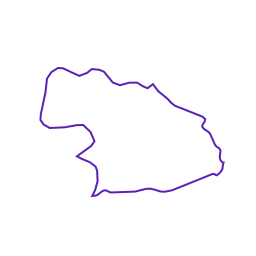 map outline of Bijeljina (Natural Earth projection), rotated 55°
{"feature_id": "BIH-4804", "entity_name": "Bijeljina", "entity_type": "state/province", "adm_level": 1, "iso_a3": "BIH", "parent_name": "Bosnia and Herzegovina", "parent_adm1": "", "projection": "natural_earth1", "projection_center": [19.107, 44.733], "detail": "fine", "context": "isolated", "style": "outline", "palette": "violet", "viewbox_px": 256, "rotation_deg": 55, "n_neighbors": 0, "source": "natural_earth", "source_scale": "10m", "svg_char_len": 1091}
<svg xmlns="http://www.w3.org/2000/svg" viewBox="0 0 256 256"><g transform="rotate(55 128 128)"><path d="M106.4,82.4L114.7,82.2L117.8,81.4L126.6,78.9L132.3,78.2L136.8,76.7L161.6,60.4L165.1,59.7L166.9,61.8L167.9,64.7L169.3,66.4L172.0,66.4L176.9,64.5L179.7,64.0L192.0,66.4L194.5,66.0L196.8,65.0L199.3,65.0L204.8,69.8L207.6,70.7L210.4,70.4L211.1,70.0L211.2,69.7L212.2,70.8L213.8,72.5L215.5,73.9L216.6,75.9L217.4,78.8L217.7,82.3L216.7,83.3L215.2,83.6L214.1,85.3L204.3,127.6L201.5,134.1L198.8,137.7L193.2,142.0L190.3,144.8L188.2,148.1L184.2,158.6L171.2,178.7L169.9,179.9L166.9,181.5L165.6,183.0L165.0,185.4L165.3,191.0L164.7,193.5L163.2,196.3L160.0,190.5L154.1,183.4L145.3,177.8L140.9,176.7L134.1,178.9L126.4,183.8L121.9,186.0L121.6,168.5L119.6,163.0L109.7,161.0L99.8,163.0L96.2,168.5L91.1,179.5L83.1,192.1L76.8,195.1L71.2,195.1L66.8,191.6L51.8,175.5L41.1,166.0L38.3,158.9L38.7,150.9L41.9,146.9L49.9,142.4L57.4,137.9L59.4,129.8L59.0,123.8L63.8,118.2L68.1,115.4L81.9,114.4L88.3,110.1L91.8,100.6L96.1,94.5L102.3,91.9L106.6,89.2L106.4,82.4Z" fill="none" stroke="#5b21b6" stroke-width="2"/></g></svg>